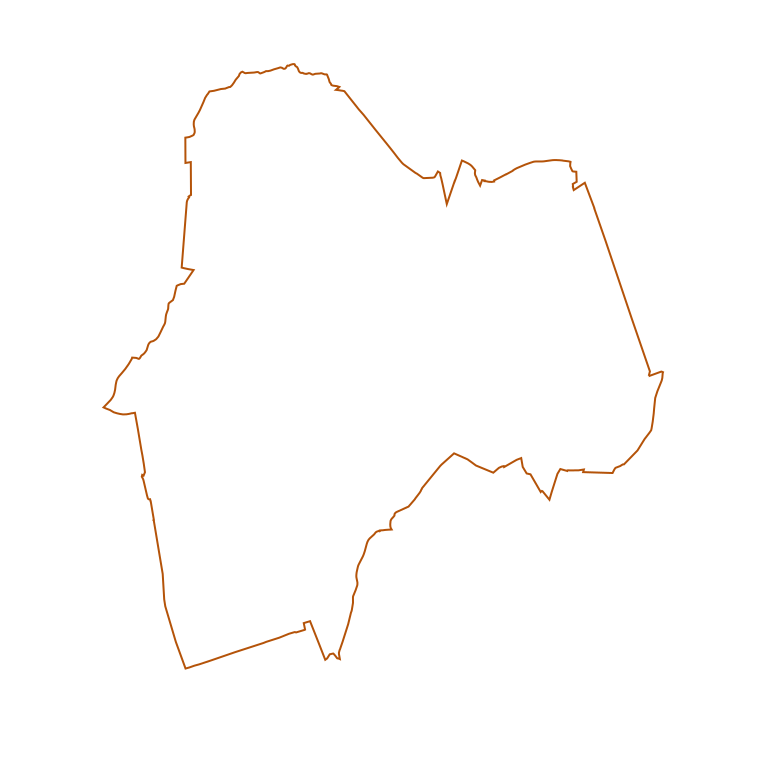 Oosterhout, Noord-Brabant, Netherlands, rotated 277°
{"feature_id": "6326949B60940309425177", "entity_name": "Oosterhout", "entity_type": "district", "adm_level": 2, "iso_a3": "NLD", "parent_name": "Netherlands", "parent_adm1": "Noord-Brabant", "projection": "natural_earth1", "projection_center": [4.867, 51.632], "detail": "fine", "context": "isolated", "style": "outline", "palette": "amber", "viewbox_px": 768, "rotation_deg": 277, "n_neighbors": 0, "source": "geoboundaries", "source_scale": "gbopen_adm2", "svg_char_len": 6052}
<svg xmlns="http://www.w3.org/2000/svg" viewBox="0 0 768 768"><g transform="rotate(277 384 384)"><path d="M410.0,656.2L421.2,659.2L423.9,659.5L428.7,659.3L429.7,659.5L430.1,658.1L430.1,657.7L424.6,646.9L424.8,646.9L425.2,645.9L428.9,646.4L479.8,621.6L553.6,586.2L583.9,571.3L584.1,571.4L608.2,558.8L599.6,548.7L602.4,547.5L602.5,547.7L605.5,547.0L608.2,550.6L618.1,549.0L618.0,545.9L618.1,545.3L618.2,545.1L620.1,543.8L622.9,542.2L625.7,542.0L627.1,542.1L627.2,541.6L627.3,541.6L627.5,540.0L627.5,539.6L627.5,534.3L627.6,534.0L627.5,530.9L627.2,527.0L626.8,524.4L626.3,522.4L624.5,515.6L624.3,514.6L624.1,513.5L623.4,507.7L623.0,505.9L622.8,505.3L621.4,502.3L619.0,497.5L614.4,489.5L612.9,487.4L611.6,485.9L611.3,485.8L607.1,479.9L606.9,479.6L607.0,479.5L603.3,474.2L599.5,468.5L598.4,468.7L597.7,466.3L597.5,463.9L597.5,462.7L597.7,460.9L597.6,459.1L598.2,459.2L598.4,456.5L592.6,455.2L596.2,452.7L598.5,451.4L600.3,450.5L601.5,449.7L602.0,449.3L602.9,448.9L604.4,448.5L607.3,448.5L609.0,446.7L610.6,445.0L611.6,443.7L612.3,442.5L613.2,440.6L614.8,435.9L615.3,434.1L597.5,430.4L593.4,429.4L593.5,429.3L570.2,424.4L589.1,417.9L595.2,415.7L598.0,414.5L600.3,414.0L601.5,411.6L596.2,409.4L595.4,408.9L595.2,408.6L594.7,407.3L594.4,405.5L593.2,398.6L593.2,397.9L593.6,396.9L596.8,391.0L597.3,389.6L604.5,376.5L605.8,374.8L610.2,370.1L614.9,365.5L621.4,358.9L635.6,344.2L648.7,330.9L653.4,325.6L660.9,318.0L669.8,309.0L670.0,307.2L670.0,305.4L670.1,303.4L670.1,300.5L673.0,303.2L673.4,303.5L673.9,300.9L673.9,297.4L674.0,296.7L674.2,295.8L674.4,295.3L675.7,294.6L676.7,293.5L677.3,293.1L680.0,292.0L681.6,291.1L684.0,289.8L684.3,289.4L684.2,288.4L684.1,287.8L684.1,287.2L684.8,284.3L684.7,283.3L684.4,282.6L683.5,278.0L682.6,276.2L682.4,275.6L682.6,274.4L683.3,272.8L683.4,271.7L683.2,271.0L682.7,270.3L682.6,269.6L682.3,269.1L682.3,268.6L682.3,267.9L682.5,266.2L682.8,265.7L682.9,264.9L682.7,264.3L682.7,263.8L682.8,263.1L683.2,262.4L683.7,261.8L684.3,261.3L686.3,260.3L687.8,259.3L688.2,258.7L688.6,257.7L689.3,256.9L690.3,256.5L690.6,255.8L690.3,254.3L689.3,252.0L688.3,250.9L688.3,249.4L688.0,249.1L686.0,248.2L685.5,247.9L685.0,247.4L684.6,246.3L685.0,245.0L685.4,244.2L685.5,243.5L685.6,242.9L685.5,242.3L684.6,240.4L682.9,236.4L681.2,233.1L680.4,230.8L680.2,228.9L680.0,228.5L679.2,227.4L678.5,226.1L677.2,223.5L677.2,223.0L678.2,221.2L678.2,220.1L677.3,217.1L676.1,210.6L675.6,208.8L675.7,207.9L676.7,205.4L675.9,204.1L674.2,202.9L672.0,202.4L667.9,199.7L664.8,198.3L661.9,196.7L660.1,195.2L659.7,193.7L659.0,192.5L658.6,191.6L657.9,190.5L656.9,186.2L654.3,179.5L653.1,175.1L650.4,173.8L649.6,173.2L646.2,171.6L641.7,170.4L633.5,167.9L630.6,166.8L623.9,163.9L623.1,163.6L621.1,163.3L618.5,163.5L616.7,163.9L614.6,164.7L613.6,165.0L611.3,165.4L610.3,165.4L608.1,164.7L607.6,164.2L606.8,163.0L605.5,160.8L605.0,159.3L604.3,156.8L579.2,160.0L580.7,165.2L548.1,169.4L547.2,168.2L546.2,167.2L545.4,167.8L544.5,167.2L543.1,166.6L541.6,166.2L540.3,166.1L475.0,169.0L474.9,169.0L474.6,171.1L474.2,175.6L473.9,181.1L459.2,173.5L458.4,170.1L456.8,167.2L456.2,166.3L451.6,165.7L445.0,165.1L442.1,164.4L441.6,164.3L441.3,164.0L439.1,161.7L438.3,160.9L437.6,160.5L437.2,160.4L435.7,160.4L432.4,160.6L431.2,160.4L428.9,159.8L426.5,159.3L424.6,159.2L419.3,159.3L417.8,159.2L416.4,158.8L413.9,157.8L407.6,155.7L403.6,154.3L400.7,152.4L399.0,150.4L398.4,149.5L398.2,149.0L397.5,147.3L397.1,146.9L395.8,145.9L394.4,145.3L393.4,145.1L388.8,144.3L387.0,143.4L385.2,142.3L383.9,141.1L382.9,140.0L382.6,139.7L382.0,139.4L380.3,138.7L379.4,138.1L379.1,137.7L379.1,137.2L379.5,135.8L379.7,134.7L379.5,130.8L378.3,130.6L377.3,130.2L372.7,128.2L367.3,125.3L363.1,122.6L359.4,120.1L357.3,119.0L354.9,118.2L353.3,118.0L350.5,117.8L345.6,117.8L342.4,117.5L339.5,116.9L337.9,116.3L334.9,114.7L326.6,108.5L325.7,111.4L324.8,115.1L323.0,119.2L322.4,122.6L322.1,125.5L322.0,128.6L322.5,131.9L323.2,134.4L324.3,137.4L324.3,137.8L325.1,140.3L309.6,145.1L289.0,151.2L283.7,152.9L275.5,155.3L267.3,157.5L263.7,156.5L264.3,155.1L262.5,154.9L261.3,155.8L260.0,156.6L258.9,157.1L244.4,162.4L241.6,163.6L241.2,164.0L240.9,164.7L240.9,165.1L241.1,165.9L239.6,166.4L239.6,166.5L239.0,166.7L239.0,166.8L221.2,172.1L221.1,171.8L220.9,171.8L220.9,172.0L168.5,187.5L143.4,192.1L136.7,194.0L102.7,208.8L77.4,221.7L79.0,225.5L81.3,230.1L83.2,234.7L88.3,245.5L99.7,268.9L112.3,296.0L113.7,298.5L118.9,309.8L119.4,310.9L124.5,320.1L126.8,325.4L126.9,325.9L126.7,327.0L130.3,335.2L130.6,335.6L136.9,333.5L139.6,339.5L117.2,351.7L103.1,359.3L104.7,361.0L109.1,363.1L110.3,366.4L109.7,367.3L107.9,369.2L106.2,370.8L106.0,371.1L106.0,372.4L105.6,373.7L110.5,372.2L111.8,372.0L114.7,372.4L115.0,372.6L117.5,373.1L123.1,374.3L141.2,377.7L153.2,379.1L154.2,379.4L155.6,379.6L163.0,379.9L168.4,379.2L169.5,379.2L176.1,381.0L180.9,382.0L182.1,382.0L183.8,381.8L187.7,380.5L189.0,380.1L190.3,379.9L192.0,379.8L193.8,379.8L199.0,380.3L200.4,380.5L201.8,380.9L210.2,384.0L212.3,384.6L215.7,385.3L223.4,386.4L225.6,386.9L227.6,387.7L229.1,388.7L233.5,392.5L235.8,393.9L236.7,395.0L237.2,396.1L237.9,397.6L238.1,397.6L238.3,398.5L238.2,398.5L238.3,398.6L238.7,400.7L239.3,403.0L240.1,407.0L240.2,407.9L240.5,409.3L241.8,408.3L243.3,407.7L245.5,407.3L248.9,407.2L250.0,407.5L251.3,408.1L253.1,409.5L253.3,409.5L254.6,410.4L256.1,410.3L257.2,410.8L258.3,411.8L264.8,422.4L265.2,423.2L273.4,428.7L274.0,428.9L280.3,432.6L282.2,433.5L284.0,434.0L284.3,434.3L285.3,434.5L309.4,449.7L311.0,450.9L323.7,462.0L319.4,476.1L316.7,481.0L314.3,485.2L309.3,503.3L314.8,508.3L316.4,510.9L317.1,512.9L316.2,513.3L324.9,524.9L327.2,529.2L318.6,531.8L312.6,536.5L312.2,540.4L295.9,552.7L296.4,553.0L297.1,553.7L296.9,554.4L289.3,562.3L297.2,563.6L316.0,567.1L321.1,569.4L320.0,576.5L320.6,576.6L320.8,577.5L320.9,579.0L322.0,587.5L323.5,592.8L320.8,592.4L323.5,621.7L327.1,623.0L328.7,623.8L329.1,624.2L331.5,628.7L332.3,629.5L333.3,630.9L333.5,632.0L348.9,643.7L361.0,649.3L367.8,653.3L370.6,654.8L372.4,655.0L379.2,655.3L387.6,655.3L392.7,655.1L403.2,654.9L410.0,656.2Z" fill="none" stroke="#b45309" stroke-width="2"/></g></svg>